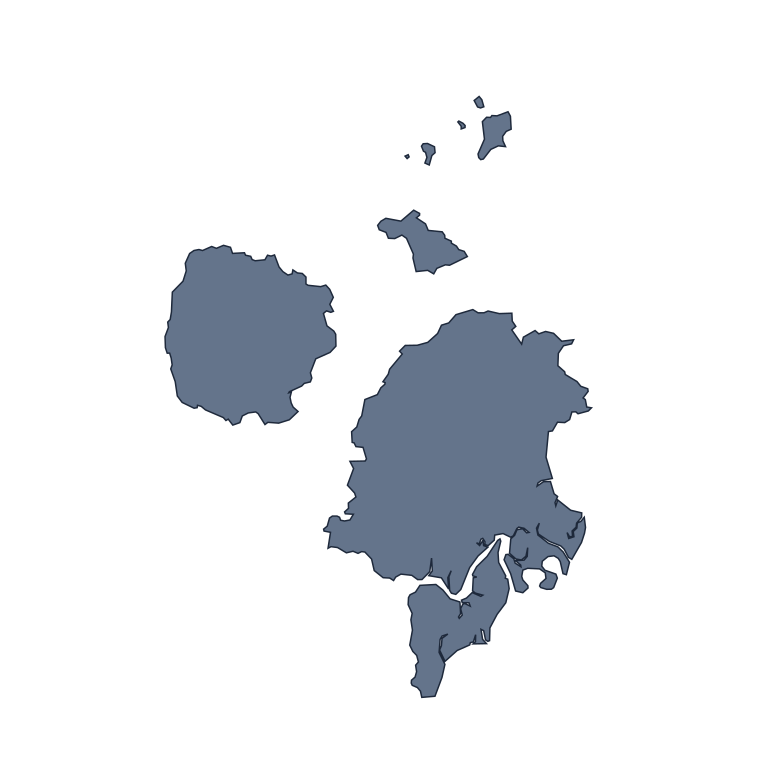 outline of Amapala, Valle, Honduras, rotated 101°
{"feature_id": "27666195B15608241098476", "entity_name": "Amapala", "entity_type": "district", "adm_level": 2, "iso_a3": "HND", "parent_name": "Honduras", "parent_adm1": "Valle", "projection": "mercator", "projection_center": [-87.621, 13.313], "detail": "fine", "context": "isolated", "style": "filled", "palette": "slate", "viewbox_px": 768, "rotation_deg": 101, "n_neighbors": 0, "source": "geoboundaries", "source_scale": "gbopen_adm2", "svg_char_len": 6168}
<svg xmlns="http://www.w3.org/2000/svg" viewBox="0 0 768 768"><g transform="rotate(101 384 384)"><path d="M569.0,358.0L574.3,347.9L573.4,341.4L575.1,337.1L571.3,335.7L567.4,331.1L566.5,320.2L569.6,313.6L568.7,309.4L559.5,303.3L545.8,304.1L558.3,300.9L563.6,303.5L563.3,290.7L573.0,281.4L562.0,284.4L554.4,282.4L560.9,283.5L574.0,280.2L576.5,277.9L576.8,273.4L571.1,269.4L547.9,264.9L534.8,258.8L524.4,250.9L523.6,255.4L518.5,257.0L524.3,259.3L522.2,262.9L522.8,260.0L517.8,259.2L516.7,257.6L519.4,254.9L522.3,254.3L522.8,250.9L516.3,246.0L511.2,246.5L508.1,238.6L510.2,230.5L508.4,228.1L500.5,226.0L498.8,224.5L498.9,219.0L502.0,213.3L502.9,215.6L499.6,220.3L501.7,225.7L507.6,226.9L511.8,230.0L526.2,228.5L530.6,221.1L530.5,215.5L526.0,211.8L517.2,211.7L525.9,210.5L530.2,212.9L532.3,221.3L535.6,215.3L537.3,214.7L534.8,221.1L530.8,223.2L527.5,229.7L528.2,231.8L533.6,232.6L546.0,223.5L562.1,215.3L562.4,207.9L556.8,203.7L554.5,204.3L549.9,210.3L546.6,212.1L540.2,212.2L537.5,207.8L535.8,196.0L538.6,189.7L544.0,187.9L549.8,192.3L552.6,192.7L553.9,191.3L554.5,185.2L553.5,180.5L551.5,178.6L541.5,176.8L537.8,179.0L536.1,190.5L532.7,194.4L527.8,194.8L522.1,190.1L520.2,184.3L521.9,179.7L524.7,177.1L536.0,172.1L536.4,168.6L523.6,167.9L514.7,176.1L510.7,182.2L509.0,192.2L502.9,204.1L496.4,206.8L490.9,205.0L498.1,205.6L501.8,203.8L507.0,191.5L509.2,179.6L511.8,175.6L519.0,169.8L520.3,166.2L501.9,159.9L492.2,158.7L486.4,158.8L476.6,162.0L481.3,164.5L483.5,167.7L488.6,167.2L492.7,170.1L497.7,168.4L500.4,173.2L494.9,175.9L498.5,172.7L497.7,169.8L492.4,171.3L487.9,168.1L483.8,168.4L477.1,164.6L472.8,165.3L472.3,176.7L464.7,191.3L470.9,192.1L467.8,193.5L461.3,192.1L459.3,196.1L448.0,202.0L449.4,208.7L455.0,214.2L451.8,214.0L448.9,211.3L444.6,200.7L424.9,211.0L399.3,213.5L397.9,209.7L388.4,206.4L387.4,199.2L383.5,195.0L375.6,194.2L374.7,190.4L376.2,187.9L371.5,178.3L367.8,175.8L367.9,180.6L360.9,183.4L359.7,185.9L352.3,182.2L349.8,183.1L348.7,190.4L344.8,195.0L340.1,207.9L337.5,209.0L332.9,216.8L320.6,218.7L312.2,215.1L308.8,207.5L304.4,206.3L308.1,217.7L301.9,227.2L301.6,235.4L305.2,241.6L302.7,245.9L311.4,256.1L318.6,256.5L306.5,268.9L302.3,265.6L297.8,270.1L290.1,272.0L292.9,284.2L292.5,295.8L295.0,299.4L296.2,305.2L294.0,311.0L302.2,326.6L311.7,332.1L315.3,338.8L324.2,341.0L334.8,349.0L339.6,358.7L342.1,370.5L348.8,375.0L351.1,371.8L368.4,381.3L373.6,381.7L382.0,385.5L382.4,383.2L384.1,383.1L388.4,386.4L395.7,388.5L402.9,399.8L419.6,399.8L423.5,401.7L431.4,402.5L437.0,406.7L447.4,404.1L447.5,402.1L450.8,399.6L450.2,392.5L460.9,386.9L463.2,387.8L466.4,402.7L472.8,397.7L490.3,400.6L496.6,392.1L500.3,390.0L507.7,396.3L512.8,395.1L517.1,398.3L518.8,397.2L517.7,389.2L524.0,391.5L526.0,396.6L526.0,400.6L523.3,402.2L522.6,404.9L523.5,409.5L526.0,411.9L534.4,412.6L538.0,415.6L539.8,414.8L539.8,408.2L555.9,407.6L553.8,405.0L553.4,398.4L556.9,388.7L554.1,382.5L555.2,377.2L552.8,374.0L552.6,370.7L558.2,362.8L569.0,358.0ZM390.1,605.5L395.1,602.7L394.6,600.3L399.1,597.9L405.6,595.6L409.9,596.2L421.5,589.4L435.2,584.6L440.6,578.6L444.0,565.8L442.9,562.9L440.5,563.0L440.8,559.2L443.5,554.3L447.6,535.3L450.0,532.2L448.2,530.2L453.2,524.6L449.4,518.1L442.4,517.0L438.3,511.7L435.9,504.6L437.1,501.9L446.5,493.1L443.8,490.7L442.5,479.9L437.2,470.1L427.4,463.1L424.0,468.8L420.3,471.5L415.0,473.7L409.5,473.4L410.8,475.8L409.6,475.4L401.7,464.4L398.6,462.4L396.0,456.7L391.9,456.0L387.0,458.4L372.3,455.8L363.3,443.0L356.0,438.4L344.4,440.9L341.6,443.4L337.8,451.1L326.3,456.9L323.2,454.4L323.8,449.9L322.3,447.5L316.1,452.4L308.6,450.3L301.5,455.3L298.0,460.0L300.5,464.7L301.6,477.4L300.7,479.7L293.9,481.0L291.1,485.3L291.5,490.2L289.4,495.2L293.4,495.2L295.4,499.1L293.0,504.7L289.1,509.4L278.2,516.1L280.0,519.3L279.8,522.9L284.8,524.6L287.6,534.0L287.0,537.2L284.1,539.2L284.0,544.5L281.8,546.0L284.7,557.6L279.1,560.8L278.5,568.0L282.8,574.4L281.9,579.4L287.6,587.6L287.3,591.3L289.2,596.0L293.0,599.7L303.4,602.1L310.7,599.7L321.4,600.9L334.2,609.3L353.8,606.4L361.5,606.2L364.5,608.1L369.7,606.4L379.2,608.0L390.1,605.5ZM513.9,240.6L515.9,242.6L533.6,249.9L545.7,258.2L554.1,260.8L555.4,260.2L555.8,256.1L557.2,259.4L570.1,257.6L571.8,254.5L572.4,246.7L574.0,248.4L571.9,257.6L578.4,262.2L581.4,266.7L583.7,265.5L582.5,258.9L585.6,257.0L584.0,263.0L585.2,264.6L589.9,265.9L595.9,263.1L599.7,265.4L598.5,266.4L594.8,265.0L583.5,267.9L582.3,278.1L575.0,286.9L570.9,294.8L574.8,310.3L582.3,313.4L585.9,318.2L589.0,319.2L596.0,318.2L603.8,312.6L610.3,312.6L620.2,309.1L635.4,308.9L641.0,304.7L644.2,300.1L650.3,297.2L654.0,299.3L660.2,297.1L665.8,297.6L669.5,300.5L672.4,300.2L674.4,298.8L675.6,293.3L678.6,289.6L684.4,287.1L680.8,274.4L661.0,271.1L647.6,270.7L637.0,278.7L624.0,280.2L620.3,278.9L617.3,273.6L622.6,278.5L630.0,277.7L634.5,278.7L644.6,271.2L631.6,261.3L623.8,250.1L621.4,249.9L620.2,247.1L612.6,246.2L619.5,245.0L622.1,246.9L619.3,233.9L615.8,238.5L606.3,242.0L607.1,239.1L615.8,235.5L616.8,233.0L615.8,231.4L603.2,233.5L588.5,229.0L575.5,222.7L561.0,222.1L552.0,225.3L551.5,227.9L549.1,227.9L537.3,237.4L527.7,239.9L516.0,239.4L513.9,240.6ZM223.5,355.9L224.8,369.9L218.9,373.8L214.7,383.9L211.5,381.3L209.8,381.6L207.7,388.0L220.9,398.5L221.0,413.8L224.8,418.1L229.5,420.5L233.5,418.1L234.8,410.9L240.1,407.5L239.2,401.2L234.4,394.9L236.7,389.7L250.9,379.9L254.8,379.6L267.5,373.9L264.1,362.8L266.4,356.2L260.4,354.2L255.3,346.5L254.9,342.3L243.0,326.5L238.5,330.6L237.8,336.3L234.8,339.2L232.9,344.7L230.9,345.2L229.3,352.0L226.4,352.8L223.5,355.9ZM102.0,330.3L102.6,334.2L107.7,337.5L124.5,332.1L140.3,335.6L143.7,334.2L145.3,331.9L144.2,329.4L133.3,323.9L128.4,317.2L127.8,310.0L122.6,313.7L118.2,314.8L112.7,312.2L109.6,307.8L97.0,311.0L93.1,314.2L99.2,324.2L99.9,329.3L102.0,330.3ZM143.4,392.6L147.9,389.7L148.7,387.4L153.4,385.1L159.3,386.0L160.4,381.4L150.6,380.6L147.2,378.0L141.5,379.7L139.6,387.2L140.7,391.4L143.4,392.6ZM88.5,349.6L94.2,345.0L94.6,341.9L92.8,338.9L86.3,342.2L83.6,345.5L88.5,349.6ZM112.7,361.5L116.3,357.4L118.9,356.9L116.8,353.4L114.8,353.7L113.0,356.2L111.6,360.7L112.7,361.5ZM156.3,406.8L158.3,404.3L156.3,402.7L154.3,404.0L156.3,406.8Z" fill="#64748b" stroke="#1e293b" stroke-width="1.5"/></g></svg>